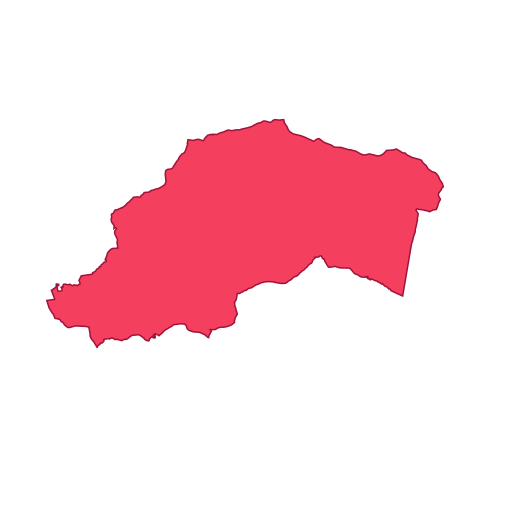 outline of Bradut, Covasna, Romania, rotated 44°
{"feature_id": "2599482B74581645099362", "entity_name": "Bradut", "entity_type": "district", "adm_level": 2, "iso_a3": "ROU", "parent_name": "Romania", "parent_adm1": "Covasna", "projection": "orthographic", "projection_center": [25.635, 46.18], "detail": "fine", "context": "isolated", "style": "filled", "palette": "rose", "viewbox_px": 512, "rotation_deg": 44, "n_neighbors": 0, "source": "geoboundaries", "source_scale": "gbopen_adm2", "svg_char_len": 6120}
<svg xmlns="http://www.w3.org/2000/svg" viewBox="0 0 512 512"><g transform="rotate(44 256 256)"><path d="M131.8,414.8L133.6,416.9L133.5,418.9L132.6,422.8L140.2,426.3L141.3,427.1L136.4,433.3L143.1,437.0L148.6,438.5L150.1,438.5L154.8,440.5L156.6,439.3L157.1,438.6L157.9,438.6L158.7,437.9L161.5,438.5L164.0,437.9L165.8,438.6L170.3,438.2L171.7,436.8L174.4,432.1L175.1,431.3L182.8,424.7L185.2,423.3L190.5,427.1L191.4,427.4L191.8,428.6L192.7,429.0L194.2,429.7L196.8,430.3L198.9,430.4L205.1,432.1L205.2,431.6L204.5,430.6L205.0,428.4L205.0,427.4L204.6,426.9L205.7,425.6L205.8,424.2L205.6,422.6L204.6,422.1L204.9,421.0L205.6,420.3L205.8,419.7L207.1,418.1L208.1,417.7L208.2,417.2L208.7,416.3L208.8,415.5L209.7,415.1L210.4,414.2L212.3,414.3L213.0,413.6L214.0,412.2L215.2,412.0L216.0,411.2L218.2,410.2L219.1,407.6L220.4,406.3L220.9,405.4L221.3,403.5L221.2,402.0L221.5,401.6L221.9,399.5L222.6,398.2L223.5,397.5L225.8,394.6L226.9,393.9L229.4,393.3L230.1,393.4L232.2,392.9L233.4,393.3L234.9,393.1L236.3,392.7L237.8,391.5L237.9,391.1L237.2,390.3L237.0,386.9L237.4,386.5L238.6,386.2L237.8,385.6L237.5,384.9L239.8,385.4L240.3,384.8L239.9,384.3L239.1,384.0L238.7,383.4L237.4,383.4L237.1,383.2L237.8,382.6L237.7,382.0L238.3,382.0L240.4,380.8L241.6,380.7L242.0,376.4L242.0,372.6L243.1,368.9L243.4,367.2L244.1,365.7L244.5,362.6L248.4,357.7L250.0,356.1L252.3,354.4L254.2,354.6L256.6,355.9L257.5,356.2L260.0,355.9L260.5,355.4L261.5,355.2L263.9,353.9L267.5,350.8L269.5,349.7L273.8,348.2L277.7,348.0L278.5,347.6L278.1,347.4L277.9,346.5L277.3,345.5L277.1,344.1L276.4,342.4L276.5,341.9L276.3,341.3L275.2,340.8L274.1,340.9L274.2,340.5L275.9,339.3L277.0,338.1L277.9,336.8L278.5,334.4L280.0,331.8L282.3,329.6L283.8,327.5L285.1,325.2L286.3,322.3L286.7,318.9L286.6,318.5L286.0,318.2L285.1,317.0L283.8,314.4L283.5,312.8L282.8,310.7L280.9,309.5L279.7,309.1L278.2,307.9L274.8,306.2L273.8,305.0L272.7,304.4L272.4,302.2L271.8,300.6L268.5,295.8L270.2,294.4L270.5,292.9L271.1,291.6L271.7,289.0L272.8,287.6L273.1,284.7L274.9,281.9L275.9,277.2L277.4,274.3L278.2,271.7L279.2,270.5L279.6,269.5L281.9,266.6L284.7,264.0L287.0,262.2L288.0,261.8L293.0,258.4L295.2,256.3L296.2,254.9L296.5,254.3L296.9,250.7L297.7,248.8L297.8,244.9L299.3,241.9L299.5,239.2L299.3,238.0L299.8,233.9L300.2,232.6L300.1,230.4L300.4,229.0L300.1,226.2L300.2,225.6L300.2,224.4L300.8,223.1L300.8,221.8L299.8,219.7L299.7,217.7L299.9,216.3L299.2,216.1L301.8,213.1L301.9,211.7L303.0,210.5L305.3,211.5L306.6,211.4L306.8,210.9L307.3,210.9L309.3,212.0L314.8,213.5L316.1,213.5L316.6,213.2L320.2,208.5L324.7,206.2L331.4,200.0L333.3,199.6L338.5,200.2L340.8,199.7L342.0,198.8L345.3,198.4L347.1,197.4L348.4,196.2L349.7,194.9L349.4,194.6L349.4,194.3L350.9,193.1L351.2,193.3L351.2,193.7L351.0,194.0L351.2,194.4L351.6,194.6L352.8,194.4L353.5,193.6L354.2,193.9L354.9,193.7L355.0,193.5L354.8,192.8L355.6,192.0L358.7,191.0L360.3,190.0L361.8,189.9L364.9,188.9L365.7,189.0L365.9,188.2L369.3,188.2L372.1,187.2L374.3,187.5L375.3,186.6L377.2,187.2L389.3,182.9L359.3,139.0L358.5,137.1L356.2,133.2L353.8,128.1L352.4,126.6L348.9,120.6L348.3,120.2L347.7,118.7L346.5,117.3L345.9,116.9L344.6,114.6L343.1,112.8L340.0,112.2L339.0,111.7L339.0,110.2L340.3,109.7L344.2,106.7L345.9,105.9L347.5,104.7L350.0,103.7L351.6,99.5L353.4,97.4L352.7,95.3L350.5,91.0L349.4,87.3L348.8,86.8L347.8,86.7L345.3,85.8L344.3,84.9L343.8,84.0L343.2,79.4L342.4,78.0L342.7,76.7L342.7,76.1L339.7,74.4L335.2,73.4L332.2,72.1L330.1,71.6L327.2,71.5L323.8,73.1L319.4,73.8L315.5,72.7L311.8,73.0L308.6,72.2L306.9,72.8L300.2,76.5L294.4,78.4L291.9,78.3L289.8,79.9L282.9,81.4L282.3,81.9L281.5,83.8L276.5,89.5L276.7,92.1L276.5,94.7L276.1,96.1L274.9,98.6L273.8,99.6L266.6,103.8L264.3,107.5L262.8,108.8L260.3,109.9L255.1,111.2L250.0,114.0L249.4,114.7L248.5,115.3L241.6,118.9L236.8,123.3L233.4,123.8L226.0,127.0L220.0,127.7L219.3,128.3L218.6,129.6L217.8,133.6L215.0,134.3L211.8,135.6L209.7,136.2L204.7,138.3L198.0,142.3L193.8,143.1L191.6,142.8L188.8,141.5L183.8,140.4L181.2,138.6L178.1,142.3L175.6,144.1L174.5,145.4L174.1,146.4L173.9,148.8L173.3,150.2L169.2,152.3L167.8,153.5L167.3,154.6L166.8,156.9L165.5,158.5L164.8,159.8L162.7,166.4L160.5,170.2L157.5,174.7L156.5,176.8L154.1,179.0L151.6,182.6L148.6,184.6L147.8,185.9L146.6,189.1L144.3,193.1L143.5,195.7L140.5,198.3L140.8,198.9L139.9,199.1L138.3,200.9L138.0,201.8L137.4,202.6L137.3,203.4L137.4,207.4L138.0,208.6L138.1,209.2L138.0,209.7L133.4,212.1L132.3,213.5L131.0,215.9L130.6,216.4L126.3,219.6L128.5,222.9L129.0,222.8L132.0,229.0L132.6,231.0L132.6,232.1L131.9,233.7L131.9,236.3L132.2,238.4L133.0,240.5L133.3,243.4L134.0,247.0L134.4,247.8L134.2,248.7L135.0,250.4L134.2,252.8L132.5,254.7L132.0,255.8L131.8,256.4L131.9,257.6L134.0,260.3L139.6,265.0L140.8,268.1L140.1,271.6L139.1,274.8L136.9,278.4L136.2,280.1L135.2,281.4L134.9,282.2L134.8,283.6L134.5,284.5L131.4,288.1L131.6,288.6L131.8,290.4L131.3,292.3L131.9,293.7L131.8,294.2L129.7,295.8L127.0,298.9L127.3,301.0L127.0,303.1L127.2,304.6L126.7,307.9L126.9,309.4L126.7,311.2L126.8,312.0L125.8,314.6L126.1,315.1L125.5,315.4L125.3,315.9L123.8,319.6L122.9,320.4L122.8,320.9L122.7,321.4L123.6,324.5L123.5,325.1L123.0,325.8L123.0,326.2L123.4,326.9L125.6,328.7L126.1,330.1L128.3,331.7L129.8,332.2L132.7,332.6L134.7,334.9L134.8,333.8L135.0,333.3L136.3,333.0L136.7,333.3L137.0,336.0L137.9,337.3L139.6,338.4L144.3,340.1L145.2,340.7L146.6,342.8L149.7,345.1L151.1,346.4L150.6,346.5L150.1,347.5L147.4,350.4L146.9,352.2L146.8,354.3L147.1,356.9L148.8,360.1L149.7,362.6L150.2,363.5L151.1,362.8L152.0,364.2L150.9,366.6L151.2,368.0L150.8,370.1L151.4,371.2L151.5,372.0L150.7,372.4L151.3,373.9L150.6,376.3L151.1,378.4L151.0,379.1L150.3,380.7L150.1,381.6L150.9,382.2L150.8,382.9L144.1,391.6L145.6,396.5L147.4,397.3L148.6,398.0L148.9,398.6L148.9,398.9L148.3,399.2L148.1,401.4L147.8,401.7L146.9,401.8L146.3,402.5L145.1,403.2L144.8,403.7L144.9,404.6L144.7,404.9L141.5,405.7L141.4,406.5L141.0,407.0L137.4,409.5L137.5,411.3L138.6,412.2L138.7,412.7L138.5,413.1L138.1,412.9L137.6,413.4L137.5,413.9L139.3,414.5L139.9,414.9L140.3,415.6L140.0,416.5L139.1,417.9L137.8,418.9L134.8,416.7L133.8,415.6L134.6,414.3L133.8,413.4L131.8,414.8Z" fill="#f43f5e" stroke="#9f1239" stroke-width="1.5"/></g></svg>